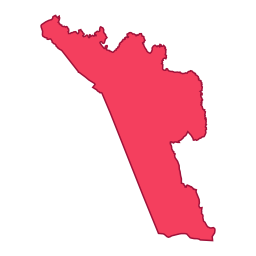 Qibing, Mafeteng, Lesotho
{"feature_id": "5366337B9328437172826", "entity_name": "Qibing", "entity_type": "district", "adm_level": 2, "iso_a3": "LSO", "parent_name": "Lesotho", "parent_adm1": "Mafeteng", "projection": "robinson", "projection_center": [27.156, -29.771], "detail": "fine", "context": "isolated", "style": "filled", "palette": "rose", "viewbox_px": 256, "rotation_deg": 0, "n_neighbors": 0, "source": "geoboundaries", "source_scale": "gbopen_adm2", "svg_char_len": 5670}
<svg xmlns="http://www.w3.org/2000/svg" viewBox="0 0 256 256"><path d="M212.6,240.6L212.2,236.6L214.6,232.9L214.9,230.8L214.9,229.2L214.5,228.4L213.3,227.6L211.1,228.0L210.0,227.9L207.8,226.9L206.8,225.7L204.9,222.2L203.6,221.3L202.8,217.5L203.0,216.1L202.7,214.9L201.5,213.5L201.7,211.7L201.5,210.7L202.0,207.6L200.1,207.9L199.4,207.1L198.9,206.1L198.9,204.9L199.4,202.9L199.1,199.5L196.1,192.1L196.1,190.9L196.4,189.8L195.7,189.5L195.2,189.8L193.9,188.9L193.4,189.2L192.7,187.9L192.0,187.5L191.6,186.9L190.9,186.6L190.4,186.8L189.9,186.2L187.4,185.1L187.1,185.1L186.6,185.8L186.3,187.0L185.1,187.0L185.1,186.1L183.9,184.8L183.7,183.9L181.4,183.1L181.4,178.8L180.6,175.6L180.0,171.4L179.3,169.2L179.1,165.5L177.6,161.4L174.9,157.4L174.6,155.2L175.1,154.0L174.9,153.6L174.1,153.5L173.5,152.0L173.7,151.7L172.6,150.9L172.5,150.2L171.8,149.2L171.5,146.3L171.1,145.2L170.5,144.5L170.7,143.3L170.2,143.1L170.4,142.0L170.7,141.9L171.8,141.9L172.5,142.6L173.1,142.4L173.3,142.6L173.8,142.4L173.9,142.7L174.4,142.1L175.8,141.9L176.4,142.2L177.1,142.0L177.6,142.4L179.3,142.4L178.6,141.1L181.0,139.9L183.1,138.0L183.6,137.0L185.9,135.3L187.8,131.7L191.2,135.4L193.0,138.4L193.3,140.0L193.9,140.2L195.4,139.6L196.5,140.3L197.8,139.8L199.6,138.3L200.8,138.1L202.2,136.9L204.0,136.6L204.6,135.7L205.9,132.7L205.5,130.2L206.5,129.2L206.2,128.2L206.3,127.7L205.5,127.2L205.4,126.8L205.9,125.6L205.7,125.0L206.4,124.6L205.9,123.8L206.2,120.8L205.8,120.5L205.5,119.6L206.2,119.3L206.2,119.0L205.8,118.5L205.3,118.8L205.0,118.6L205.7,117.6L205.0,117.0L204.8,116.1L205.2,115.4L204.8,114.8L205.4,111.8L204.2,110.6L204.1,110.2L204.5,109.8L202.8,109.1L202.1,106.3L200.9,104.9L200.9,104.6L201.8,104.0L201.0,102.7L201.2,102.3L201.8,102.6L201.9,102.2L201.8,101.5L201.5,101.2L201.5,100.5L202.2,100.5L202.5,100.2L202.5,99.5L202.1,99.1L201.4,97.2L200.9,96.8L200.9,95.8L200.7,95.2L201.0,94.8L202.1,94.8L202.1,94.2L200.9,94.0L201.1,93.5L201.5,93.6L201.9,93.2L200.9,92.6L200.8,91.6L200.3,91.3L202.0,90.4L201.9,89.4L202.3,86.9L201.5,86.0L202.0,84.3L201.3,83.9L201.8,82.9L200.9,81.6L201.0,80.9L200.6,80.5L200.2,80.7L198.6,79.8L198.6,79.4L199.0,78.9L198.3,78.1L198.5,77.4L198.3,76.8L196.7,75.3L195.4,74.7L195.5,73.7L195.3,73.4L194.3,73.3L193.9,72.5L192.8,72.1L192.2,71.2L190.8,70.7L190.4,70.8L190.3,71.3L188.7,71.5L187.8,72.1L187.0,73.2L185.6,72.9L184.5,73.4L182.5,73.6L180.2,72.7L180.0,72.1L179.0,72.4L177.4,72.1L174.6,72.3L172.4,71.4L170.7,71.4L168.9,70.9L168.2,70.4L167.6,69.1L167.0,68.7L166.5,68.7L166.0,69.1L166.0,70.0L165.8,70.2L164.8,70.3L163.4,69.9L162.6,68.9L162.8,64.6L162.5,64.1L161.6,63.7L162.5,62.6L162.0,61.0L163.2,60.3L162.8,59.4L163.6,58.6L164.8,58.0L165.8,58.7L166.4,57.5L166.2,56.6L166.4,55.6L165.3,54.8L165.6,54.3L165.5,53.9L165.8,52.2L165.6,50.4L166.0,50.0L166.0,49.6L164.9,48.5L164.9,48.0L165.4,47.8L164.9,46.7L163.6,45.4L162.8,46.3L161.5,46.3L161.2,45.0L160.0,44.4L159.5,45.4L160.0,46.7L159.7,46.9L159.1,46.3L158.2,45.9L157.8,45.9L157.0,46.7L155.3,45.3L154.7,45.3L153.3,46.2L152.1,48.0L152.2,49.9L151.3,52.1L150.0,53.3L149.4,53.0L147.9,52.2L146.9,51.2L146.5,50.1L144.8,47.6L143.7,45.2L143.6,44.2L143.3,44.3L142.8,43.6L142.6,42.9L144.2,42.0L144.1,41.3L145.0,40.4L144.7,40.1L144.6,39.3L144.2,38.9L143.9,37.9L143.9,36.8L143.2,36.3L142.1,36.1L141.4,33.7L139.6,33.7L138.6,34.8L137.8,35.3L137.2,34.8L136.2,35.7L136.0,35.0L135.3,34.8L134.0,33.9L132.6,34.0L131.7,33.0L130.8,32.6L129.3,32.7L128.6,33.6L128.3,33.5L127.8,33.9L127.2,34.0L127.0,34.9L127.4,35.8L128.4,36.9L128.2,37.4L127.7,37.5L126.3,37.0L124.9,37.7L124.7,38.2L125.2,38.6L125.0,39.2L124.5,39.5L123.2,39.4L122.6,40.2L122.6,41.0L121.9,41.2L121.4,42.2L120.5,42.5L119.6,43.7L119.8,44.4L119.1,45.0L119.2,45.9L118.7,47.0L117.8,47.1L117.7,48.1L116.2,49.0L116.2,50.0L115.2,50.2L113.4,52.1L112.7,52.3L110.7,51.3L110.1,51.3L109.6,50.5L109.1,50.6L106.6,49.8L106.3,49.3L107.3,46.2L107.1,45.6L106.3,45.6L105.3,46.3L105.1,48.3L104.2,48.5L101.6,45.4L100.0,43.0L99.9,42.5L100.3,42.0L101.1,41.6L101.9,42.0L102.4,42.8L103.0,43.3L103.5,43.4L104.3,42.9L105.4,39.2L107.0,37.6L105.6,35.5L105.5,34.4L104.7,33.8L103.6,32.2L103.7,29.7L102.8,27.9L101.4,27.3L100.8,26.8L100.1,27.3L99.6,29.6L99.8,30.6L99.6,31.1L98.4,31.6L97.5,31.3L97.0,31.4L96.1,32.3L95.3,32.5L94.6,33.6L94.6,34.2L96.0,35.0L96.0,35.6L94.4,35.4L94.1,36.0L93.6,36.1L92.4,35.3L90.9,36.4L90.5,36.4L90.1,34.8L89.8,34.7L89.4,35.1L89.8,36.3L89.7,37.1L89.4,37.6L89.0,37.6L88.7,37.6L87.6,35.5L87.1,35.1L86.5,35.2L85.3,36.3L83.7,36.7L83.1,36.3L82.8,35.7L84.0,34.6L83.9,33.6L82.9,32.9L82.1,31.3L81.4,31.1L80.8,29.6L78.7,30.3L78.9,31.3L78.8,32.4L78.5,33.1L77.8,33.7L76.6,32.8L76.4,32.3L75.6,31.7L73.8,31.9L72.6,32.6L71.2,32.7L70.4,33.5L68.6,33.5L68.6,32.9L68.1,31.6L68.7,31.3L68.8,30.9L68.6,29.0L68.0,28.7L67.4,27.1L66.4,26.6L65.4,27.0L64.3,26.3L63.2,26.6L62.2,26.2L61.7,25.7L61.6,25.0L60.8,25.0L60.3,24.7L59.9,24.0L59.3,23.8L58.8,22.2L58.3,22.2L59.4,19.5L58.8,18.6L59.7,18.0L59.2,17.0L59.2,16.2L58.3,16.7L57.5,17.7L56.0,16.4L55.8,15.5L55.4,15.4L53.0,16.7L52.6,18.4L51.6,19.6L48.8,20.4L45.7,21.9L41.7,24.6L41.1,25.4L41.1,26.8L42.6,31.2L42.4,34.9L42.9,36.2L45.2,37.6L46.9,37.9L47.2,39.2L48.1,39.4L50.2,38.9L50.8,39.1L52.1,41.1L52.1,42.1L52.8,42.5L53.5,43.5L54.7,43.9L55.5,44.5L56.1,45.4L56.1,46.1L57.1,46.9L57.8,48.0L58.4,48.1L59.0,48.9L61.7,50.4L78.3,71.6L78.4,72.2L79.2,72.4L85.5,77.1L88.8,79.9L94.6,83.5L95.0,84.5L92.7,87.4L96.8,89.9L97.1,90.5L98.4,91.6L99.1,91.8L100.1,92.8L101.0,92.6L101.9,93.0L110.4,113.1L142.8,194.9L158.5,233.4L163.1,233.8L164.3,234.3L167.1,236.7L168.4,237.2L170.0,236.8L171.7,235.8L179.4,233.9L181.3,233.6L184.9,233.6L186.7,233.9L190.2,237.7L191.1,238.0L194.1,238.6L197.3,238.7L199.3,239.2L200.2,239.9L212.6,240.6Z" fill="#f43f5e" stroke="#9f1239" stroke-width="1.5"/></svg>